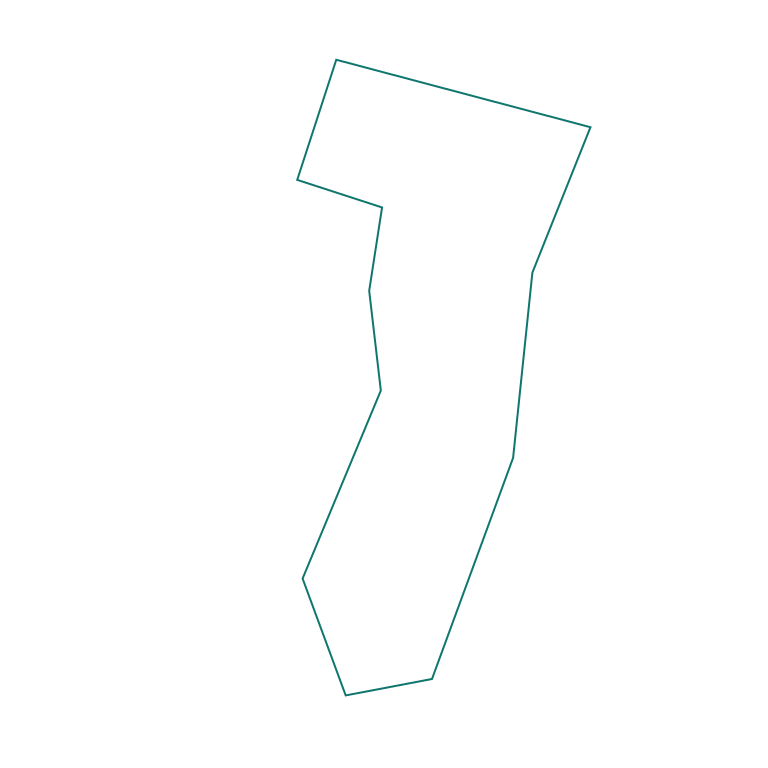 outline of Yau Tsim Mong, rotated 18°
{"feature_id": "HKG-5157", "entity_name": "Yau Tsim Mong", "entity_type": "state/province", "adm_level": 1, "iso_a3": "HKG", "parent_name": "Hong Kong S.A.R.", "parent_adm1": "", "projection": "orthographic", "projection_center": [114.17, 22.306], "detail": "fine", "context": "isolated", "style": "outline", "palette": "teal", "viewbox_px": 768, "rotation_deg": 18, "n_neighbors": 0, "source": "natural_earth", "source_scale": "10m", "svg_char_len": 307}
<svg xmlns="http://www.w3.org/2000/svg" viewBox="0 0 768 768"><g transform="rotate(18 384 384)"><path d="M520.8,649.7L443.8,692.0L366.7,594.2L383.0,391.2L341.1,299.9L327.6,216.7L238.4,216.7L238.4,90.4L501.0,76.0L490.7,232.2L529.6,414.3L520.8,649.7Z" fill="none" stroke="#0f766e" stroke-width="2"/></g></svg>